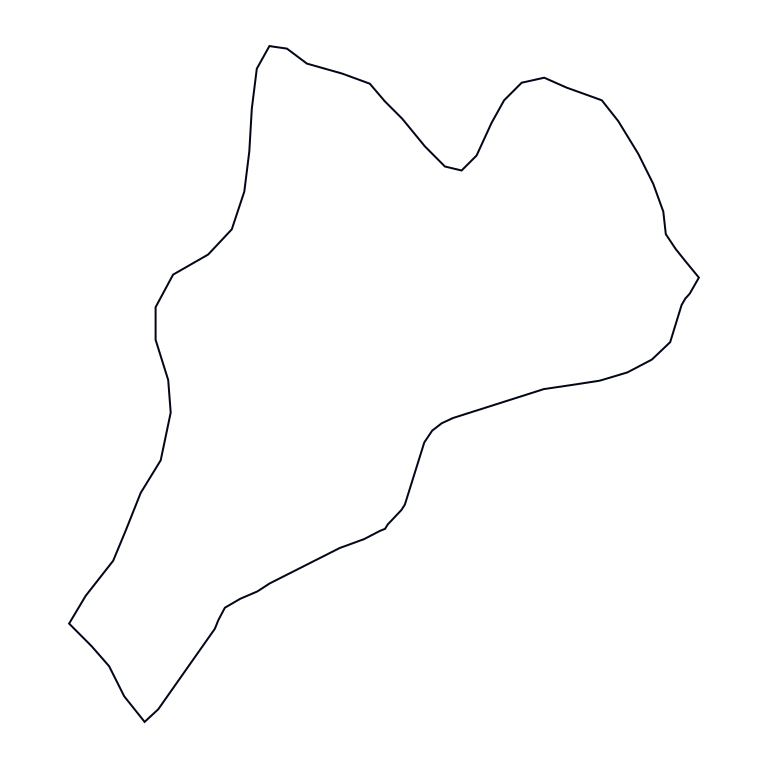 outline of Brazzaville
{"feature_id": "COG-4855", "entity_name": "Brazzaville", "entity_type": "Region", "adm_level": 1, "iso_a3": "COG", "parent_name": "Republic of the Congo", "parent_adm1": "", "projection": "orthographic", "projection_center": [15.461, -3.984], "detail": "fine", "context": "isolated", "style": "outline", "palette": "ink", "viewbox_px": 768, "rotation_deg": 0, "n_neighbors": 0, "source": "natural_earth", "source_scale": "10m", "svg_char_len": 1027}
<svg xmlns="http://www.w3.org/2000/svg" viewBox="0 0 768 768"><path d="M698.9,277.6L689.7,293.7L685.3,298.6L681.6,305.0L670.2,342.1L655.0,356.6L651.8,359.6L627.4,372.4L599.6,380.7L571.4,385.0L543.8,389.1L453.0,418.0L441.8,423.2L432.2,430.6L424.3,442.4L404.9,504.5L401.5,509.9L387.6,524.6L385.1,528.8L379.7,531.0L364.1,539.1L339.7,548.0L269.7,583.4L257.4,591.4L240.2,598.8L224.9,607.7L218.3,620.2L214.9,628.7L191.4,662.1L158.3,709.2L144.6,721.9L124.2,696.3L109.1,666.2L91.6,646.2L69.1,623.6L85.7,595.8L113.2,560.7L125.7,530.6L140.7,492.9L160.7,460.3L170.7,412.6L168.2,380.0L155.6,339.8L155.6,307.2L173.1,274.6L208.2,254.5L231.8,229.3L244.3,191.6L249.3,151.5L251.8,108.8L256.8,68.7L269.4,46.1L286.9,48.6L306.9,63.6L342.2,73.6L369.8,83.7L384.8,101.3L402.3,118.8L424.9,146.4L444.9,166.5L461.6,170.5L476.6,155.5L491.6,122.8L504.1,100.3L521.7,82.7L544.2,77.7L566.8,87.7L601.8,100.3L618.3,121.2L638.3,153.9L653.3,184.0L663.3,211.6L665.8,234.2L675.8,249.2L685.9,261.8L698.9,277.6Z" fill="none" stroke="#020617" stroke-width="2"/></svg>